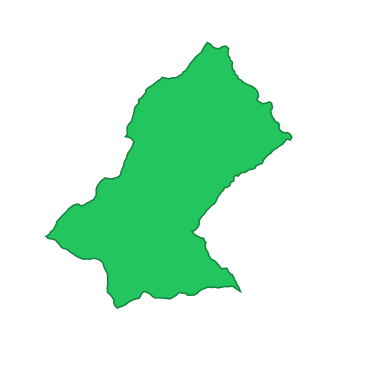 Lutécia, São Paulo, Brazil (Mercator projection), rotated 36°
{"feature_id": "56859067B80784550128489", "entity_name": "Lutécia", "entity_type": "district", "adm_level": 2, "iso_a3": "BRA", "parent_name": "Brazil", "parent_adm1": "São Paulo", "projection": "mercator", "projection_center": [-50.379, -22.322], "detail": "fine", "context": "isolated", "style": "filled", "palette": "green", "viewbox_px": 384, "rotation_deg": 36, "n_neighbors": 0, "source": "geoboundaries", "source_scale": "gbopen_adm2", "svg_char_len": 3333}
<svg xmlns="http://www.w3.org/2000/svg" viewBox="0 0 384 384"><g transform="rotate(36 192 192)"><path d="M199.7,329.9L201.3,327.3L203.1,324.7L204.7,321.8L205.1,319.3L206.2,316.8L208.0,313.3L211.8,308.7L211.0,304.0L211.4,300.9L214.3,299.8L217.9,299.2L221.4,299.7L224.1,299.5L227.1,297.3L230.0,295.4L233.9,293.1L237.0,291.4L238.7,287.8L240.1,284.3L240.3,281.1L242.9,279.9L245.7,278.0L249.2,278.0L251.6,276.2L254.2,274.2L255.8,271.2L256.1,268.2L257.1,265.3L258.7,262.9L261.0,259.3L264.1,257.7L266.3,255.6L269.5,254.2L272.4,251.0L274.8,248.7L276.9,247.4L280.1,244.3L284.9,244.3L289.6,244.0L285.9,241.6L283.2,240.8L281.1,239.2L278.2,238.1L275.3,236.1L273.1,235.3L270.8,235.7L268.2,234.8L264.9,233.2L262.6,235.3L260.2,236.7L257.3,235.6L254.4,235.0L251.4,234.4L246.5,235.0L243.0,233.5L240.1,231.3L236.5,229.9L233.9,227.1L232.9,224.6L230.6,224.2L228.8,222.6L225.8,223.9L220.3,224.9L215.3,224.2L216.9,221.3L217.3,217.7L216.9,214.0L214.6,210.9L214.3,206.6L214.9,202.1L214.7,198.5L215.5,194.1L215.7,191.3L217.0,188.8L216.8,184.4L215.9,181.5L215.8,176.0L216.4,171.9L215.8,169.2L217.9,167.4L218.8,165.0L217.8,161.6L219.4,158.3L217.2,155.9L217.4,153.0L220.0,152.0L220.4,147.6L223.7,144.5L224.9,140.7L227.4,138.1L228.9,135.8L228.6,132.9L230.0,130.4L232.1,127.4L231.0,124.5L231.2,120.5L231.9,116.8L233.0,114.1L233.0,110.7L234.5,107.5L235.5,104.1L237.2,99.9L237.4,96.0L237.9,93.1L240.9,92.3L240.6,89.0L237.2,87.5L234.3,87.7L231.9,90.0L228.3,90.5L224.8,89.5L223.4,86.4L220.9,85.3L218.1,86.1L215.9,84.9L213.3,84.3L211.1,82.8L208.1,80.4L207.6,76.6L204.4,73.5L201.7,73.5L200.0,76.3L197.3,79.1L193.5,79.5L190.2,79.6L189.7,75.6L186.7,72.6L183.1,71.3L180.5,71.1L177.5,71.4L174.3,72.4L170.1,73.1L166.1,72.6L162.9,73.1L160.4,71.3L157.5,71.4L155.8,69.4L153.4,69.1L150.3,66.7L148.5,63.2L145.5,62.9L143.5,61.0L140.3,60.1L138.7,56.9L137.2,54.3L133.8,54.1L131.2,56.4L129.5,60.6L126.6,61.7L123.9,62.5L120.4,61.5L116.6,62.0L116.5,65.8L116.8,69.8L117.4,73.0L116.7,76.6L115.7,80.3L115.5,83.2L115.3,86.1L115.1,90.4L115.5,93.8L115.5,97.3L114.4,100.1L114.6,102.7L113.4,105.2L112.6,107.8L111.0,109.7L108.8,111.3L106.8,114.0L103.6,115.4L100.4,116.8L100.3,119.5L99.0,122.1L98.5,125.1L97.6,127.6L96.6,130.4L95.5,133.2L94.7,136.5L96.3,139.3L95.8,142.5L95.8,145.7L94.4,148.6L96.7,151.2L96.4,153.9L96.1,157.1L97.2,159.5L98.7,162.7L99.9,165.7L101.5,170.9L101.0,174.5L101.5,177.9L103.1,180.1L105.8,183.2L105.6,186.3L109.3,184.6L112.2,184.5L115.5,185.5L116.7,189.9L117.3,193.6L117.4,198.8L119.1,203.3L119.5,207.2L121.4,211.6L122.6,216.8L124.2,220.8L123.0,224.1L121.1,226.5L119.3,228.8L117.1,229.9L113.4,231.7L111.9,236.7L111.8,240.3L112.1,243.9L113.1,246.5L114.7,248.4L116.4,251.0L117.0,255.8L115.7,258.1L114.8,260.6L113.4,263.1L112.0,266.7L110.0,268.6L107.3,268.5L104.6,271.1L103.2,274.2L102.0,278.8L101.9,282.3L101.1,286.5L100.4,292.0L100.1,295.4L101.0,297.8L101.7,301.4L102.1,304.4L101.1,307.1L101.4,310.4L100.0,313.6L102.8,314.1L106.7,312.2L109.7,311.1L112.4,311.7L115.9,312.5L118.6,313.4L121.3,313.3L123.4,312.2L127.0,311.9L129.5,312.2L132.6,311.9L136.9,311.8L141.2,311.0L144.0,310.0L145.8,308.2L149.0,306.4L151.0,303.6L155.4,301.6L158.5,301.3L161.6,301.8L165.1,304.5L169.2,306.6L171.5,307.7L174.0,310.7L176.0,313.4L177.7,315.7L180.3,320.2L182.9,322.8L187.1,323.3L192.0,325.1L194.0,327.7L196.2,329.1L199.7,329.9Z" fill="#22c55e" stroke="#15803d" stroke-width="1.5"/></g></svg>